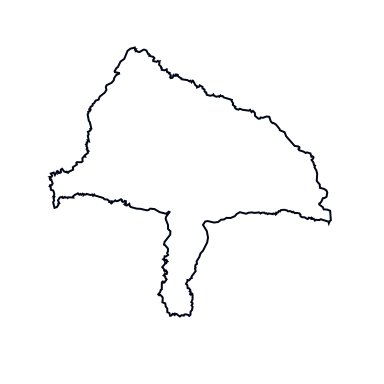 Muembe, Niassa, Mozambique, rotated 105°
{"feature_id": "85939544B2234925194697", "entity_name": "Muembe", "entity_type": "district", "adm_level": 2, "iso_a3": "MOZ", "parent_name": "Mozambique", "parent_adm1": "Niassa", "projection": "albers", "projection_center": [35.883, -12.778], "detail": "fine", "context": "isolated", "style": "outline", "palette": "ink", "viewbox_px": 384, "rotation_deg": 105, "n_neighbors": 0, "source": "geoboundaries", "source_scale": "gbopen_adm2", "svg_char_len": 5996}
<svg xmlns="http://www.w3.org/2000/svg" viewBox="0 0 384 384"><g transform="rotate(105 192 192)"><path d="M193.7,311.3L195.3,310.3L198.9,313.5L201.2,312.6L203.9,315.8L205.5,316.7L204.8,318.0L205.4,318.2L205.3,320.8L203.2,323.5L204.4,324.5L207.0,323.7L207.8,324.7L207.5,325.5L208.3,326.1L206.9,326.4L206.7,327.6L211.1,328.8L209.0,330.6L210.7,333.1L212.3,331.4L213.5,331.5L214.4,333.4L214.9,332.5L216.0,332.8L216.9,332.0L216.4,331.2L219.9,328.8L221.7,329.3L222.2,330.9L223.4,331.0L223.8,329.7L226.4,328.9L226.5,326.4L228.5,325.0L230.6,324.3L232.4,324.8L232.4,323.7L234.1,324.0L235.9,323.0L237.8,323.5L242.9,320.7L241.5,318.6L238.6,317.7L237.8,318.1L237.2,317.3L234.8,319.3L231.5,318.3L230.7,316.9L231.0,316.0L230.4,315.7L231.0,314.8L229.7,313.6L230.2,313.1L229.6,311.0L229.9,310.5L229.1,310.1L228.1,305.2L227.2,305.8L225.4,304.7L222.8,301.8L223.8,300.2L222.8,299.4L223.4,298.3L221.9,297.2L222.2,296.1L223.0,295.9L222.0,295.2L222.1,294.1L221.1,293.3L221.2,289.3L220.3,287.8L221.3,286.6L219.8,285.8L220.5,285.1L220.7,276.3L221.7,274.7L221.2,271.7L222.3,269.4L223.1,269.4L223.1,268.0L223.9,267.0L223.0,266.3L221.8,267.1L221.5,265.1L219.9,263.8L220.4,262.8L220.0,261.4L217.4,258.7L218.0,257.5L218.9,257.4L219.5,256.5L218.9,255.1L218.0,254.7L218.0,253.5L219.8,253.1L220.9,253.8L220.8,252.8L221.9,252.9L221.9,251.4L219.7,249.5L221.6,248.5L222.3,247.4L222.4,241.2L221.6,237.4L221.4,231.2L220.8,229.5L218.9,228.0L218.2,223.8L219.8,218.1L219.7,211.3L217.0,209.3L217.2,208.5L222.6,210.6L224.8,210.5L230.0,206.7L234.0,205.5L235.5,202.7L238.9,202.0L247.3,205.6L250.1,205.4L250.5,203.9L252.9,200.6L255.5,199.9L257.5,200.2L259.0,198.8L261.1,200.6L261.2,201.8L263.9,201.6L264.5,202.4L265.1,201.2L264.2,199.2L265.4,197.7L266.2,198.6L267.2,198.5L267.0,199.8L268.0,199.3L272.3,201.3L273.4,199.5L275.0,198.6L274.7,198.0L275.7,197.5L274.7,196.7L275.9,195.2L277.7,195.2L278.2,197.0L280.0,197.8L280.4,196.1L281.7,195.6L282.9,193.9L286.5,195.2L286.9,195.9L286.0,197.0L287.1,197.7L293.9,196.0L294.8,196.9L296.7,196.8L299.6,198.1L300.3,197.1L299.6,195.9L301.0,193.6L301.9,192.8L306.2,192.0L306.5,189.0L309.3,187.8L311.1,185.7L314.4,184.8L314.9,182.4L317.2,181.2L316.7,180.0L314.8,179.2L315.0,178.6L314.0,177.4L314.5,177.1L315.0,177.6L315.3,176.9L314.1,176.5L313.8,175.5L315.4,171.5L313.7,170.2L313.5,167.9L312.4,167.7L311.8,166.6L311.7,163.9L312.4,162.6L310.8,161.7L308.2,162.4L305.9,161.5L302.7,161.7L301.7,163.1L299.8,162.5L299.1,162.9L298.6,164.1L295.3,163.7L290.5,165.1L290.2,165.6L291.5,166.6L291.3,167.3L289.0,167.3L288.6,168.5L287.2,168.2L285.8,169.9L286.0,171.3L283.0,172.5L282.3,174.0L279.4,173.3L278.2,173.6L278.1,172.0L275.6,170.8L275.2,170.0L273.6,170.5L267.5,168.0L265.2,169.3L264.3,168.9L263.5,169.6L261.4,169.7L260.1,168.6L257.8,169.6L253.0,168.1L249.1,167.9L245.9,166.2L236.9,164.3L232.0,164.7L226.0,167.5L220.9,172.9L217.1,171.6L216.0,169.3L215.8,162.8L214.2,159.0L211.2,156.7L210.2,153.9L208.1,152.1L207.1,148.0L204.3,144.4L201.6,143.1L199.1,140.5L199.0,134.1L197.4,132.1L196.2,128.8L196.0,126.1L194.4,122.1L195.0,120.2L193.9,119.2L193.2,116.7L193.8,115.6L193.2,114.4L193.8,113.2L192.8,112.2L192.5,108.2L191.7,107.9L191.6,106.2L192.2,105.4L191.6,104.9L190.2,105.3L189.8,103.8L187.9,103.1L188.0,102.0L186.4,101.3L185.3,98.3L185.2,95.5L185.8,94.4L185.0,91.8L185.7,89.9L184.9,89.2L185.8,87.1L185.2,86.1L184.9,82.7L185.8,81.4L187.0,81.2L187.9,79.5L187.3,76.6L188.2,73.5L187.7,72.8L186.6,72.6L186.5,70.6L185.8,70.0L186.0,69.4L187.1,69.4L186.4,67.4L187.8,65.9L186.8,65.1L186.2,61.8L185.0,60.6L185.3,52.6L186.8,51.7L184.4,51.4L183.3,50.6L174.4,53.7L174.0,56.7L174.7,60.3L172.8,61.7L171.2,65.8L170.1,66.1L169.5,65.3L167.6,64.5L164.1,64.0L163.5,62.4L161.7,60.8L157.5,61.2L155.7,62.6L154.8,65.5L154.9,69.4L151.7,70.6L149.0,74.4L142.3,75.7L139.2,77.3L136.3,80.2L134.7,79.9L134.2,81.3L132.1,82.3L130.1,84.8L128.3,83.6L126.9,83.7L126.3,84.9L127.0,85.8L124.1,87.6L124.0,91.2L124.9,92.2L124.1,94.8L123.9,99.3L123.0,100.3L121.6,99.6L120.9,99.9L120.5,101.1L120.9,104.8L113.8,115.5L110.3,118.0L109.6,123.1L108.3,123.9L105.1,128.4L104.2,131.3L104.6,132.1L103.5,134.1L99.4,136.8L99.7,139.4L102.0,142.8L102.3,145.0L103.5,145.3L104.0,146.9L102.2,150.7L99.2,151.9L97.9,154.2L99.4,155.2L97.6,157.2L98.7,158.1L99.5,164.4L99.2,167.4L100.5,168.5L100.3,171.1L99.5,172.4L98.5,172.1L97.3,175.1L95.8,175.2L93.6,177.4L92.7,177.4L92.4,186.0L91.4,187.2L91.9,188.9L91.4,189.6L92.9,190.3L92.6,191.2L93.7,193.2L93.3,195.5L92.3,196.6L93.1,196.9L94.3,199.4L94.3,202.9L92.2,204.0L92.4,204.7L91.3,206.0L89.8,206.4L89.2,208.6L87.8,209.0L87.0,212.2L88.5,212.5L89.7,214.2L88.5,214.6L88.0,216.3L84.3,219.8L84.3,220.4L86.1,220.9L85.0,222.4L85.7,223.0L85.1,225.5L85.8,231.3L84.9,231.7L84.7,233.2L83.6,235.8L82.5,236.1L82.5,237.3L82.7,238.1L84.0,237.8L84.4,239.3L83.9,240.1L86.6,240.4L87.5,242.0L86.8,242.9L85.3,242.5L84.3,243.1L83.6,244.3L82.9,244.4L83.3,245.2L82.6,245.5L82.4,247.3L80.1,248.2L81.6,250.1L81.8,252.9L80.2,253.2L80.1,254.0L78.9,254.4L77.7,256.7L74.2,257.1L74.7,257.7L74.2,258.9L75.4,259.8L75.6,263.3L74.5,263.7L72.4,263.0L71.5,264.4L71.5,268.4L70.7,268.2L70.0,269.0L70.2,269.9L67.2,272.6L66.8,274.4L67.2,275.8L70.3,278.8L70.6,280.4L70.1,281.4L70.6,282.7L69.5,283.0L69.4,283.7L68.6,283.3L68.7,284.1L67.3,284.6L69.5,288.6L72.4,290.8L81.0,291.9L84.5,294.8L90.3,295.9L92.2,297.2L95.5,298.0L96.2,297.5L95.9,293.3L96.5,293.0L98.7,295.5L101.9,296.6L104.5,296.5L107.5,298.1L110.9,302.1L112.9,302.4L115.6,301.1L118.8,302.1L123.7,305.8L127.0,306.2L128.7,308.8L131.5,309.5L132.7,310.7L134.2,310.4L136.4,312.2L137.9,311.8L138.7,312.7L139.4,312.3L139.3,311.4L140.6,311.8L141.5,313.0L142.8,312.5L144.1,312.9L149.9,310.1L151.1,308.7L156.9,305.6L157.4,306.5L158.3,306.0L159.7,306.7L160.8,308.1L163.1,306.7L164.7,307.2L169.6,304.7L169.4,305.9L170.1,305.5L171.3,306.5L171.9,306.0L173.5,306.7L173.8,305.8L175.2,305.8L175.9,304.7L177.7,304.8L177.8,304.0L178.7,303.9L179.2,302.8L179.6,303.4L181.1,302.6L184.4,305.1L185.4,304.4L185.4,305.4L187.8,306.6L190.7,305.6L191.8,306.5L193.0,310.9L193.7,311.3Z" fill="none" stroke="#020617" stroke-width="2"/></g></svg>